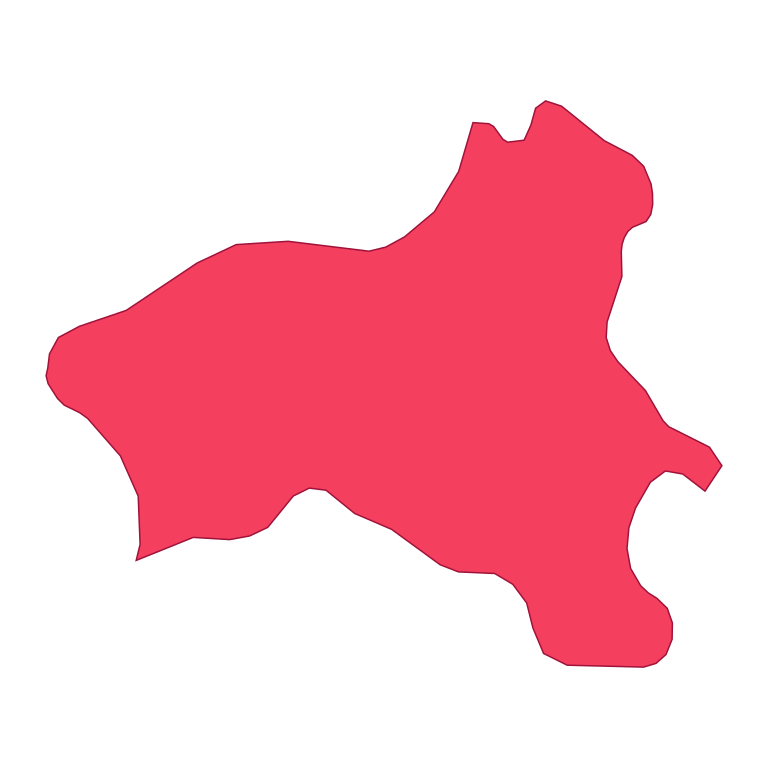 Vibo Valentia, orthographic projection
{"feature_id": "ITA-5394", "entity_name": "Vibo Valentia", "entity_type": "Province", "adm_level": 1, "iso_a3": "ITA", "parent_name": "Italy", "parent_adm1": "", "projection": "orthographic", "projection_center": [16.203, 38.629], "detail": "fine", "context": "isolated", "style": "filled", "palette": "rose", "viewbox_px": 768, "rotation_deg": 0, "n_neighbors": 0, "source": "natural_earth", "source_scale": "10m", "svg_char_len": 1214}
<svg xmlns="http://www.w3.org/2000/svg" viewBox="0 0 768 768"><path d="M136.2,560.4L140.1,544.4L138.2,496.1L120.4,455.9L87.6,418.4L79.5,412.6L64.3,405.2L57.6,398.6L48.1,383.7L46.1,375.8L47.8,367.9L49.5,353.9L58.4,337.5L79.4,326.3L126.2,310.4L197.3,262.9L236.2,244.6L288.1,241.3L368.9,251.2L385.8,247.1L404.5,236.9L434.3,211.9L458.7,171.4L473.0,122.6L488.8,123.7L493.6,126.5L502.9,139.3L507.7,142.2L524.1,140.2L530.9,125.1L535.6,108.2L545.6,100.9L561.6,106.2L604.3,140.7L632.3,155.4L643.7,166.3L651.1,184.1L652.5,193.5L652.7,204.3L650.8,214.4L646.1,221.5L632.4,227.3L627.9,231.4L624.3,237.5L622.1,244.3L621.3,251.6L621.9,276.5L607.1,321.9L606.2,337.6L610.3,350.5L617.8,361.6L645.4,390.5L663.1,420.8L668.7,426.7L709.5,447.2L721.9,465.7L705.0,491.1L682.7,474.0L665.3,471.0L650.4,482.2L635.6,507.9L628.9,527.7L627.0,548.5L630.6,568.4L640.7,585.8L648.4,593.0L657.0,598.4L667.3,608.4L672.4,623.0L672.1,639.3L666.0,654.5L656.0,663.4L643.6,667.1L567.2,665.2L543.6,653.5L532.9,627.9L526.7,603.0L512.8,584.3L494.7,573.5L458.5,571.9L440.2,564.8L391.7,529.4L354.7,513.5L326.0,490.2L309.3,488.1L293.3,496.0L267.7,527.4L249.5,536.0L229.7,539.6L193.2,537.4L136.2,560.4Z" fill="#f43f5e" stroke="#9f1239" stroke-width="1.5"/></svg>